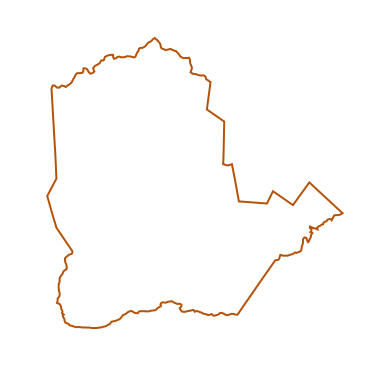 Macaúbas, Bahia, Brazil, rotated 277°
{"feature_id": "56859067B64074921984300", "entity_name": "Macaúbas", "entity_type": "district", "adm_level": 2, "iso_a3": "BRA", "parent_name": "Brazil", "parent_adm1": "Bahia", "projection": "mercator", "projection_center": [-42.712, -13.173], "detail": "fine", "context": "isolated", "style": "outline", "palette": "amber", "viewbox_px": 384, "rotation_deg": 277, "n_neighbors": 0, "source": "geoboundaries", "source_scale": "gbopen_adm2", "svg_char_len": 4077}
<svg xmlns="http://www.w3.org/2000/svg" viewBox="0 0 384 384"><g transform="rotate(277 192 192)"><path d="M75.8,252.1L89.8,259.4L94.5,261.9L113.4,271.8L132.4,281.9L134.3,282.9L134.9,284.7L135.4,286.2L136.9,286.8L138.7,287.0L140.4,287.4L140.0,289.1L140.0,291.0L140.4,294.5L141.3,296.3L142.1,298.2L143.2,300.3L144.6,301.8L144.3,303.3L145.2,304.7L145.9,306.0L146.8,307.3L149.0,307.7L151.1,307.5L153.9,308.3L156.4,308.2L158.5,307.9L160.6,309.1L160.4,311.1L158.2,312.0L156.4,313.3L157.6,314.2L159.3,314.4L160.7,315.2L162.3,315.4L163.9,315.4L165.9,316.5L166.7,314.4L167.9,315.3L169.6,315.1L170.6,313.4L172.0,313.3L171.5,315.1L171.0,317.2L170.7,319.3L170.2,321.2L171.9,320.6L173.2,321.8L174.3,323.5L175.4,324.7L176.0,326.1L177.4,326.2L178.8,327.6L179.3,329.0L181.1,329.9L181.9,331.5L182.0,333.1L181.0,334.1L183.4,335.0L186.0,335.9L186.7,337.9L186.7,339.5L187.2,340.8L188.0,342.4L189.3,344.0L204.2,323.3L215.8,307.3L191.3,293.8L202.6,272.3L189.7,267.8L188.4,239.7L207.3,233.8L211.4,232.5L224.5,228.2L223.6,226.3L222.9,224.8L222.7,223.0L223.3,220.9L223.4,219.5L228.0,219.2L242.5,217.8L265.8,215.4L268.9,209.6L275.7,196.7L303.4,197.0L305.8,192.2L308.1,191.4L309.2,189.2L308.9,187.5L308.6,185.9L309.1,183.0L309.5,180.7L309.4,178.6L310.5,176.1L312.2,176.3L314.2,176.8L316.2,176.5L319.2,174.7L321.2,174.1L323.0,173.9L324.9,172.7L324.3,170.5L324.2,168.7L323.8,167.0L324.5,165.3L325.0,163.9L326.6,162.8L328.5,160.6L330.0,158.8L330.1,156.9L331.0,154.5L331.3,152.7L330.4,150.7L329.6,148.2L330.3,146.8L330.6,145.0L331.6,143.5L333.7,143.0L335.4,142.2L337.0,140.7L338.2,139.3L339.3,137.6L340.3,136.2L338.9,134.6L337.1,133.4L335.9,132.0L334.9,130.4L333.2,129.3L331.5,128.2L330.4,127.3L329.1,125.4L328.6,123.0L327.7,121.9L325.6,121.7L324.3,120.9L323.0,120.3L321.3,119.9L319.5,119.4L318.5,118.1L318.9,116.0L319.0,113.8L318.9,111.2L317.9,109.0L317.3,107.4L317.1,105.3L317.5,103.4L317.1,101.7L315.6,100.3L314.7,98.4L315.8,97.5L318.5,96.9L318.4,95.4L317.8,93.2L317.1,91.6L315.5,89.1L313.2,88.7L311.8,88.1L311.5,85.8L308.6,84.7L306.7,82.4L305.2,80.2L303.0,78.8L301.4,79.4L299.7,80.4L297.9,78.9L297.1,76.6L298.0,75.3L299.4,74.2L301.0,73.0L301.8,71.1L301.4,69.2L299.8,69.3L298.4,69.4L297.0,68.7L296.3,66.4L296.0,63.5L294.1,62.2L292.6,61.7L291.2,61.2L288.5,60.0L286.4,59.3L284.9,58.2L283.7,57.0L282.5,55.5L280.8,53.8L281.6,52.2L281.7,49.5L279.4,47.5L279.2,45.4L280.2,43.7L281.0,42.5L280.7,40.8L279.3,40.3L277.2,40.0L221.2,50.2L213.7,51.6L188.8,55.8L170.4,48.8L150.9,57.0L139.9,61.9L129.5,71.0L118.6,80.5L116.8,80.6L115.7,79.7L115.2,78.3L113.8,76.6L112.3,75.3L110.9,74.1L109.1,74.1L106.6,74.9L104.8,76.1L102.9,76.6L100.4,77.1L98.7,75.3L97.7,74.2L96.3,73.8L94.8,73.4L92.8,72.2L91.2,71.3L88.9,71.2L86.8,71.6L84.8,71.0L82.1,71.1L77.6,72.0L76.0,72.8L74.2,73.2L72.2,73.0L69.8,71.6L68.4,71.8L66.9,71.8L65.4,71.5L65.1,73.0L64.4,74.7L62.2,76.0L60.0,76.5L58.7,77.5L57.2,78.1L55.8,77.7L54.6,79.7L53.7,78.7L52.0,79.5L50.6,80.7L48.8,81.2L47.0,82.1L46.4,83.8L46.0,85.7L44.7,86.8L44.6,88.8L44.2,90.7L43.9,92.1L43.7,93.7L44.1,95.5L44.2,97.7L44.2,100.2L44.5,102.0L44.6,104.0L44.9,106.0L44.9,107.5L44.8,109.2L45.0,111.2L45.5,114.2L46.1,116.5L46.7,118.9L47.7,121.0L48.2,122.7L49.1,123.8L50.0,125.0L51.0,126.6L53.3,127.7L54.0,129.4L54.6,131.5L55.5,133.1L57.0,135.7L59.1,137.2L61.4,138.5L62.4,140.3L63.3,141.5L64.5,142.5L65.7,144.1L66.6,146.3L65.8,148.1L65.1,150.0L64.9,151.4L65.1,153.0L66.9,153.9L67.5,155.8L67.7,158.0L68.0,160.6L68.0,162.3L68.4,164.1L69.3,166.1L69.7,168.1L70.1,169.6L71.0,170.9L72.4,171.8L73.5,173.2L75.1,175.1L76.7,174.4L78.1,175.0L79.0,176.6L78.9,178.0L78.9,179.5L80.2,181.5L80.5,183.2L81.2,185.2L80.2,187.2L79.6,189.3L79.1,191.0L79.6,193.6L78.8,195.3L77.0,195.3L75.2,194.0L73.5,195.0L72.1,196.7L72.1,198.9L72.5,200.5L73.2,202.1L73.7,203.8L74.2,205.2L74.8,206.6L75.1,208.0L73.5,209.3L74.4,210.8L74.3,212.4L73.8,214.4L73.3,216.5L72.8,217.8L72.5,219.4L72.3,221.4L71.8,223.0L72.3,224.7L73.2,226.3L71.8,228.5L72.5,230.7L73.3,232.3L74.0,233.6L75.2,234.4L75.7,236.3L74.9,238.8L74.1,240.3L74.0,241.9L74.8,243.9L75.9,246.0L76.0,248.3L75.6,250.0L75.8,252.1Z" fill="none" stroke="#b45309" stroke-width="2"/></g></svg>